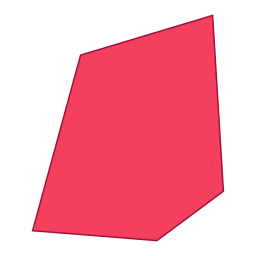 Emporia, Virginia, United States of America (Robinson projection)
{"feature_id": "52423323B31228113371343", "entity_name": "Emporia", "entity_type": "district", "adm_level": 2, "iso_a3": "USA", "parent_name": "United States of America", "parent_adm1": "Virginia", "projection": "robinson", "projection_center": [-77.532, 36.696], "detail": "fine", "context": "isolated", "style": "filled", "palette": "rose", "viewbox_px": 256, "rotation_deg": 0, "n_neighbors": 0, "source": "geoboundaries", "source_scale": "gbopen_adm2", "svg_char_len": 198}
<svg xmlns="http://www.w3.org/2000/svg" viewBox="0 0 256 256"><path d="M80.6,55.1L32.6,230.7L156.9,240.6L223.4,191.2L212.6,15.4L80.6,55.1Z" fill="#f43f5e" stroke="#9f1239" stroke-width="1.5"/></svg>